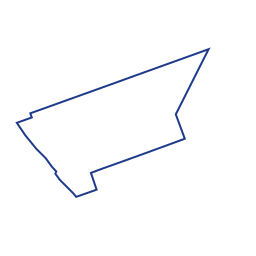 Martin, Florida, United States of America, rotated 160°
{"feature_id": "52423323B2908823577252", "entity_name": "Martin", "entity_type": "district", "adm_level": 2, "iso_a3": "USA", "parent_name": "United States of America", "parent_adm1": "Florida", "projection": "natural_earth1", "projection_center": [-80.305, 27.11], "detail": "fine", "context": "isolated", "style": "outline", "palette": "blue", "viewbox_px": 256, "rotation_deg": 160, "n_neighbors": 0, "source": "geoboundaries", "source_scale": "gbopen_adm2", "svg_char_len": 454}
<svg xmlns="http://www.w3.org/2000/svg" viewBox="0 0 256 256"><g transform="rotate(160 128 128)"><path d="M78.3,98.5L78.4,124.5L25.3,174.5L103.1,174.8L115.9,174.8L208.2,175.2L208.4,175.2L214.8,175.2L214.8,170.8L230.7,170.9L227.0,156.2L221.2,139.6L215.6,127.6L212.8,117.7L210.3,111.7L210.6,111.3L211.9,109.8L209.8,102.6L201.7,85.2L200.2,81.0L178.6,80.8L178.2,98.5L166.4,98.6L128.3,98.4L78.3,98.5Z" fill="none" stroke="#1e3a8a" stroke-width="2"/></g></svg>